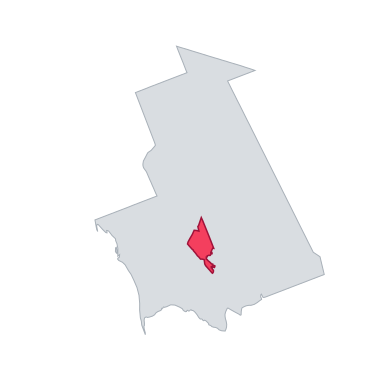 Tijigja, Tagant, Mauritania (highlighted), rotated 339°
{"feature_id": "47542326B404198781259", "entity_name": "Tijigja", "entity_type": "district", "adm_level": 2, "iso_a3": "MRT", "parent_name": "Mauritania", "parent_adm1": "Tagant", "projection": "equal_earth", "projection_center": [-11.566, 18.518], "detail": "fine", "context": "in_parent", "style": "filled", "palette": "rose", "viewbox_px": 384, "rotation_deg": 339, "n_neighbors": 0, "source": "geoboundaries", "source_scale": "gbopen_adm2", "svg_char_len": 4712}
<svg xmlns="http://www.w3.org/2000/svg" viewBox="0 0 384 384"><g transform="rotate(339 192 192)"><path d="M170.0,332.2L169.7,332.0L167.9,330.4L167.0,328.4L165.5,326.9L163.6,325.9L162.3,324.8L161.7,323.5L160.9,322.7L160.2,322.2L160.1,321.8L160.3,321.1L160.1,320.0L158.9,317.4L157.9,316.2L156.9,316.4L156.4,316.0L156.1,315.5L156.0,314.6L155.3,313.9L154.2,313.6L153.4,311.7L152.7,308.2L151.8,305.4L150.8,303.4L150.0,302.7L149.5,302.6L149.3,302.3L149.1,301.7L148.3,301.5L147.1,302.1L146.1,301.9L145.6,300.9L144.9,300.8L144.0,301.6L143.0,301.4L141.9,300.1L141.3,298.9L141.2,297.6L139.3,295.2L135.6,291.5L131.7,289.7L127.3,290.0L124.9,289.8L124.4,289.2L123.9,289.3L123.3,289.9L122.8,290.1L122.2,289.7L121.8,290.0L121.6,290.9L120.1,291.4L117.2,291.4L114.9,292.0L113.1,293.2L110.6,293.7L107.3,293.5L105.3,293.1L104.7,292.4L103.7,292.2L102.5,292.6L101.4,294.4L100.5,297.7L99.7,299.6L99.0,300.1L98.3,302.6L97.9,306.7L97.3,308.5L97.4,298.2L98.4,294.4L98.7,291.0L100.8,283.5L103.2,277.4L105.5,269.4L106.4,261.5L106.1,253.9L105.6,247.1L104.5,242.6L103.5,236.1L101.9,232.7L99.1,229.7L98.5,227.9L99.1,227.3L100.9,226.8L102.0,224.5L99.7,225.4L102.5,218.3L103.4,213.4L103.3,210.2L103.8,208.2L101.8,204.0L100.2,198.6L99.4,197.8L98.5,197.3L98.4,198.6L98.0,199.7L97.0,199.0L95.2,195.1L92.8,188.8L91.9,188.2L91.2,189.0L90.7,189.9L89.8,195.1L89.6,193.0L90.0,190.6L90.6,187.5L91.4,183.3L93.5,183.3L97.4,183.3L105.1,183.3L109.0,183.3L116.7,183.3L120.6,183.3L128.3,183.3L132.2,183.2L139.9,183.2L143.7,183.2L151.5,183.2L155.3,183.2L157.9,183.2L157.7,180.2L157.6,177.8L157.5,174.6L157.3,171.5L157.2,168.3L157.0,165.3L156.9,162.3L156.8,159.5L156.7,157.0L156.4,155.6L155.6,152.7L155.5,151.2L155.7,149.7L156.2,148.3L157.7,145.7L160.0,143.7L162.6,141.4L164.6,139.6L165.7,139.2L168.8,138.5L171.2,137.2L173.6,135.9L174.6,135.2L174.8,132.8L174.8,78.9L186.6,78.9L189.7,78.8L211.3,78.8L214.3,78.8L230.1,78.8L230.0,76.3L230.0,72.7L230.0,67.7L229.9,62.7L229.8,54.0L229.8,50.3L232.9,52.8L239.2,57.6L242.3,60.1L248.6,65.0L254.8,69.9L261.1,74.8L264.3,77.2L267.4,79.7L270.6,82.1L273.7,84.6L280.1,89.5L282.7,91.5L286.8,94.9L290.6,97.9L294.4,101.1L288.6,101.1L280.8,101.1L275.5,101.1L270.1,101.1L265.0,101.1L265.5,106.2L266.0,111.7L266.6,117.3L267.1,122.8L267.7,128.4L269.3,145.1L269.9,150.7L270.4,156.3L271.0,161.9L271.5,167.5L272.6,178.7L273.2,184.3L273.7,189.9L274.3,195.6L274.8,201.2L275.4,206.8L276.5,218.1L277.0,223.8L277.6,229.4L278.1,235.1L278.7,240.7L279.2,246.4L279.8,252.1L280.3,257.8L281.4,269.1L282.0,274.8L282.5,280.5L283.1,286.2L283.6,291.7L285.7,294.6L288.3,298.3L287.6,303.5L286.8,309.6L285.9,316.4L278.8,316.4L271.8,316.4L254.3,316.4L250.8,316.4L233.4,316.4L229.9,316.4L223.2,316.4L221.2,316.2L220.5,315.7L220.2,312.2L219.6,312.4L218.9,313.5L218.5,314.6L218.7,316.0L218.5,317.2L216.3,317.7L213.3,318.6L210.1,319.2L206.9,319.0L205.8,318.7L204.6,318.2L202.0,317.7L200.6,317.7L199.0,317.8L197.2,318.1L196.6,318.7L195.1,321.3L193.8,324.3L192.9,324.3L191.9,322.7L189.1,319.5L185.7,315.4L184.2,313.4L183.4,313.1L181.8,314.6L180.4,316.0L179.0,318.0L178.3,319.9L177.8,322.2L177.6,324.8L177.0,327.9L175.9,330.4L174.5,332.3L173.5,333.2L173.1,333.7L170.0,332.2ZM100.9,220.1L99.8,222.3L99.4,221.5L99.2,220.0L100.2,217.9L100.6,216.8L101.5,216.5L100.9,220.1Z" fill="#d9dde1" stroke="#a8b0b8" stroke-width="1"/><path d="M169.2,238.9L170.1,241.5L171.6,245.5L171.9,245.8L172.4,246.6L172.2,247.1L172.6,248.2L173.4,250.4L174.0,252.7L174.2,253.5L174.3,253.7L175.0,255.0L175.9,257.7L177.4,258.3L179.1,259.4L179.1,259.7L178.5,262.1L178.1,263.8L178.2,264.2L178.3,265.6L179.0,267.5L179.3,268.2L179.7,269.4L180.4,271.1L180.8,272.3L181.2,273.4L181.6,274.6L182.1,275.2L183.2,274.4L183.4,274.1L183.9,273.0L184.0,272.6L183.7,272.2L183.5,271.8L183.4,271.7L183.3,271.3L183.9,270.0L182.9,269.7L183.3,268.5L183.8,268.5L184.1,268.6L184.3,268.7L184.7,269.1L185.1,269.9L185.3,270.0L185.9,270.5L186.3,270.1L186.9,269.3L186.7,269.1L186.5,268.7L186.0,268.3L185.7,268.0L185.3,267.6L185.5,266.7L184.7,266.3L184.4,266.1L184.3,265.6L184.1,265.4L184.0,264.8L183.8,264.4L183.2,263.3L182.7,262.4L182.4,261.9L182.2,261.6L182.1,261.0L182.0,260.6L181.7,260.4L181.3,260.0L181.2,259.6L181.6,259.3L181.8,259.0L182.0,257.9L182.8,258.0L183.1,257.9L183.2,257.6L183.3,257.1L185.2,257.1L185.3,257.3L185.8,257.6L186.1,257.7L186.5,257.6L187.5,256.7L187.8,256.6L188.3,256.8L188.6,256.8L188.8,256.0L188.0,256.2L187.8,256.1L187.6,256.0L187.6,255.7L187.8,255.3L189.7,253.3L191.1,252.0L191.2,251.9L191.4,252.0L192.1,252.4L192.0,239.0L191.9,232.9L191.7,222.3L191.5,219.2L186.1,225.7L185.1,226.3L184.4,231.0L182.3,229.5L181.9,229.3L180.3,228.5L178.4,230.4L177.7,231.1L177.1,231.7L173.5,234.6L170.8,236.9L170.3,237.4L169.5,238.5L169.2,238.9Z" fill="#f43f5e" stroke="#9f1239" stroke-width="1.5"/></g></svg>